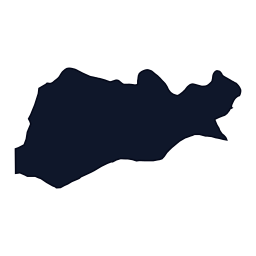 Gouette, Micoud, Saint Lucia (orthographic projection)
{"feature_id": "8701671B72439737760091", "entity_name": "Gouette", "entity_type": "district", "adm_level": 2, "iso_a3": "LCA", "parent_name": "Saint Lucia", "parent_adm1": "Micoud", "projection": "orthographic", "projection_center": [-60.939, 13.806], "detail": "fine", "context": "isolated", "style": "filled", "palette": "ink", "viewbox_px": 256, "rotation_deg": 0, "n_neighbors": 0, "source": "geoboundaries", "source_scale": "gbopen_adm2", "svg_char_len": 4053}
<svg xmlns="http://www.w3.org/2000/svg" viewBox="0 0 256 256"><path d="M47.0,83.3L46.0,84.3L44.3,85.3L39.0,88.4L38.7,91.0L38.4,93.6L36.9,98.3L34.8,104.9L32.7,110.0L30.8,114.7L28.6,118.8L30.0,121.4L30.8,124.0L28.2,130.2L27.4,132.1L26.3,139.1L24.5,143.9L24.1,144.9L18.5,147.8L15.4,148.9L15.6,169.8L15.6,173.3L18.7,172.9L19.9,172.7L25.2,175.0L27.0,176.0L27.5,176.2L35.3,176.2L37.7,177.3L38.4,177.6L41.0,178.5L42.2,179.3L46.6,182.3L52.8,185.8L55.4,186.8L56.3,187.7L57.5,187.7L60.5,187.5L64.3,185.4L67.7,183.9L71.7,181.5L76.2,179.6L79.0,178.4L81.0,176.7L85.2,174.8L87.8,173.6L91.2,172.0L94.1,170.5L97.1,168.7L100.3,166.8L101.3,166.2L102.5,165.6L107.2,163.3L111.0,161.8L112.6,161.8L116.4,159.8L120.6,158.5L122.8,158.6L124.9,158.7L127.7,158.7L132.5,159.5L136.5,160.8L138.6,160.5L139.8,160.4L145.0,160.6L153.2,160.6L157.3,159.8L158.5,159.6L159.3,159.5L161.9,158.7L163.9,156.6L164.7,155.5L166.7,152.5L168.1,151.1L168.5,150.6L170.9,148.3L171.7,147.5L173.9,145.7L175.2,144.6L175.8,144.1L179.4,141.1L182.8,139.1L185.0,137.8L187.1,137.1L190.9,135.7L192.3,135.3L194.5,134.3L197.6,134.3L199.5,134.3L205.5,135.9L207.0,135.9L211.6,136.4L215.7,137.6L219.1,138.2L223.4,139.3L226.7,139.9L226.2,138.5L225.6,137.4L223.9,135.5L221.9,133.9L220.6,132.0L219.5,130.3L218.9,128.4L216.8,124.9L215.2,121.1L214.8,120.1L215.0,119.1L219.1,117.2L222.4,115.9L224.7,115.1L226.9,113.4L229.3,110.3L229.7,109.1L232.0,107.8L231.7,107.6L231.4,107.3L231.4,106.5L231.3,105.9L231.5,105.4L231.7,104.6L232.5,102.8L233.1,101.5L233.6,100.5L234.3,99.4L234.5,99.1L235.3,98.1L236.4,97.1L237.2,96.5L237.8,96.1L239.4,95.5L239.6,95.0L240.0,94.2L240.4,92.7L240.6,91.5L240.6,90.9L240.6,90.0L240.0,88.5L239.3,87.2L238.2,85.6L237.8,85.2L237.3,84.6L236.1,83.4L234.4,82.6L232.8,81.6L231.8,81.2L230.3,80.2L228.5,79.2L226.6,78.1L226.2,77.9L225.3,77.4L223.8,76.5L223.4,76.3L222.1,75.0L221.3,73.3L220.9,72.9L219.8,71.6L218.9,71.2L218.3,71.1L217.5,70.9L216.6,70.9L215.6,71.4L214.6,72.3L214.1,73.1L213.7,73.7L213.1,75.3L212.9,76.7L212.7,78.5L212.4,79.8L212.3,80.4L212.0,81.4L211.0,82.6L210.7,82.8L210.0,83.5L209.4,84.0L208.9,84.5L208.0,85.1L207.3,85.6L206.7,85.8L206.4,86.0L204.7,86.3L203.0,86.4L202.4,86.4L201.2,86.3L200.2,86.0L197.6,85.3L196.6,85.0L195.8,84.8L194.8,84.5L193.3,84.2L193.0,84.1L192.5,84.1L191.3,84.3L189.9,84.9L189.5,85.3L189.0,85.6L188.2,86.3L187.8,86.6L187.5,86.9L187.1,87.4L185.9,88.9L185.2,89.9L184.1,90.9L183.7,91.3L182.8,92.2L181.9,92.9L181.4,93.3L180.6,93.9L179.9,94.4L179.5,94.7L178.4,95.3L177.9,95.5L177.6,95.6L177.1,95.6L176.6,95.5L174.4,94.8L172.9,94.2L171.6,93.3L170.8,92.7L170.5,92.5L169.5,91.2L168.9,90.5L168.5,89.9L167.8,88.6L167.5,87.9L167.1,87.0L166.8,86.5L166.2,85.5L165.1,83.8L164.4,83.0L163.9,82.5L163.2,81.7L162.6,81.2L161.8,80.3L161.5,80.0L159.9,78.2L158.8,77.2L157.5,75.9L156.2,74.9L154.9,73.9L154.6,73.7L154.3,73.4L152.9,72.2L151.9,71.4L151.5,71.1L149.7,70.4L149.0,70.2L148.0,69.9L146.8,69.9L145.6,70.1L144.9,70.3L143.6,70.8L142.9,71.1L141.7,71.7L141.3,72.0L140.7,72.4L139.4,73.6L139.0,74.6L138.8,75.0L138.6,75.4L138.3,77.2L138.1,79.0L137.8,80.8L137.8,81.8L137.8,82.2L137.8,82.7L137.9,83.5L137.7,83.8L137.4,84.6L136.2,85.0L134.7,85.1L133.6,84.9L131.5,84.6L130.2,84.5L129.5,84.4L128.7,84.4L127.2,84.5L125.4,84.5L124.8,84.5L123.8,84.5L122.4,83.8L121.5,83.1L120.3,82.1L119.9,81.8L118.9,80.9L117.9,80.4L117.4,80.3L116.5,80.2L115.6,80.3L113.8,80.9L113.0,81.2L112.5,81.3L112.0,81.5L111.5,81.7L110.6,81.9L109.8,81.9L109.4,81.8L108.6,81.5L107.6,81.1L107.2,81.0L106.4,80.7L105.1,80.2L102.7,79.5L100.6,78.9L100.1,78.8L99.4,78.6L98.5,78.5L98.1,78.4L97.0,78.1L96.2,77.9L95.4,77.8L93.9,77.4L92.5,77.1L91.3,76.9L90.1,76.6L88.9,76.1L86.7,75.1L85.3,74.5L83.6,73.7L82.9,73.4L82.3,73.1L81.3,72.6L80.2,72.0L79.8,71.8L78.2,71.0L77.1,70.4L75.7,69.7L75.2,69.5L74.7,69.3L72.6,68.8L72.3,68.7L70.7,68.4L69.5,68.3L68.8,68.3L67.4,68.5L66.9,68.6L65.5,69.4L65.3,69.5L64.6,70.1L63.2,71.3L62.3,72.2L61.0,74.1L60.0,75.8L59.0,77.3L57.9,78.4L57.2,79.0L56.2,79.8L55.1,80.6L54.3,81.3L52.9,82.5L51.4,83.3L50.5,83.5L49.8,83.6L48.5,83.4L47.8,83.3L47.0,83.3Z" fill="#0f172a" stroke="#020617" stroke-width="1.5"/></svg>